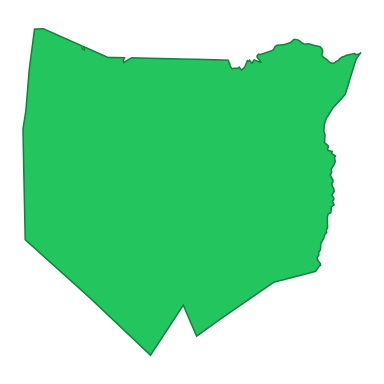 outline of Santa Magdalena Jicotlán, Oaxaca, Mexico
{"feature_id": "50627088B89026110840758", "entity_name": "Santa Magdalena Jicotlán", "entity_type": "district", "adm_level": 2, "iso_a3": "MEX", "parent_name": "Mexico", "parent_adm1": "Oaxaca", "projection": "robinson", "projection_center": [-97.463, 17.804], "detail": "fine", "context": "isolated", "style": "filled", "palette": "green", "viewbox_px": 384, "rotation_deg": 0, "n_neighbors": 0, "source": "geoboundaries", "source_scale": "gbopen_adm2", "svg_char_len": 2105}
<svg xmlns="http://www.w3.org/2000/svg" viewBox="0 0 384 384"><path d="M43.3,28.7L34.5,29.1L29.2,70.0L25.8,111.1L23.0,128.9L23.2,141.8L25.2,239.7L89.7,297.7L150.5,355.3L183.3,305.2L196.6,336.2L222.2,317.8L269.1,285.5L274.0,282.2L315.6,271.4L319.5,265.8L320.5,265.4L320.4,263.6L317.8,260.4L317.1,257.5L318.8,255.4L318.8,252.3L320.4,249.8L320.6,247.5L320.9,243.5L323.8,238.1L324.6,235.0L326.7,232.6L326.4,230.3L327.7,227.1L327.5,224.1L327.4,217.0L328.2,214.0L330.9,212.7L331.4,206.6L334.1,204.9L332.5,201.3L333.8,199.7L333.8,198.1L331.9,195.1L334.2,191.5L333.7,188.2L332.6,186.9L331.7,183.4L332.8,182.6L333.0,180.2L330.3,175.2L331.7,172.0L331.3,169.0L334.1,164.8L335.3,161.5L334.5,157.7L335.5,156.0L331.6,153.5L332.2,151.4L329.2,150.7L328.0,150.4L327.6,148.5L328.4,147.3L328.4,146.1L327.5,145.2L325.1,143.0L324.3,142.0L324.7,141.0L325.0,134.7L323.9,131.4L324.2,125.5L324.3,124.7L325.0,122.5L326.2,118.6L327.1,117.2L328.9,114.4L333.1,107.7L333.4,107.4L336.2,104.3L339.3,101.0L343.6,96.3L345.2,94.4L345.7,92.9L346.3,91.1L347.5,87.3L348.2,85.0L348.2,84.8L348.5,83.8L349.0,82.3L350.3,78.0L355.4,61.5L356.3,58.8L358.8,55.4L361.0,52.4L359.3,54.0L356.1,54.6L355.6,54.5L354.7,53.5L352.7,53.9L346.7,55.2L343.4,56.7L342.5,56.8L339.6,58.7L338.6,60.2L335.5,61.8L334.2,63.2L332.2,63.3L329.9,62.5L328.9,61.6L327.5,60.1L322.3,56.3L321.8,54.9L322.7,51.9L322.5,50.0L322.0,48.9L320.1,46.6L314.0,45.4L309.2,43.9L306.2,44.0L304.3,44.2L303.3,43.4L301.4,42.8L300.8,41.7L298.0,40.0L295.2,39.4L293.8,39.5L292.1,41.0L290.9,42.4L284.3,44.6L278.8,45.1L277.0,45.2L275.0,46.7L273.3,49.9L271.4,50.8L261.4,54.2L259.9,54.5L258.5,54.2L257.3,55.5L257.0,56.9L258.2,58.7L260.9,62.0L259.8,62.2L254.1,59.8L252.1,63.1L250.1,61.2L249.7,60.2L248.7,61.1L247.4,60.6L244.7,67.2L241.6,70.0L240.4,68.9L239.3,67.1L238.1,67.8L237.5,68.4L234.7,68.2L232.2,68.7L230.2,66.4L229.9,64.1L229.0,62.3L228.2,60.2L219.9,59.9L209.3,59.6L197.2,59.3L185.4,59.1L169.2,58.7L151.9,58.3L131.5,57.8L123.7,62.5L123.4,60.3L124.5,57.7L107.8,57.4L101.4,54.5L83.6,46.6L84.4,50.0L82.3,49.0L81.8,45.8L60.8,36.5L43.3,28.7Z" fill="#22c55e" stroke="#15803d" stroke-width="1.5"/></svg>